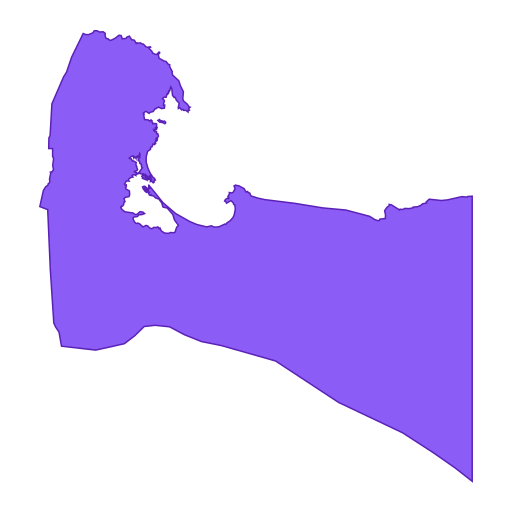 Kota Jayapura, Papua, Indonesia
{"feature_id": "22746128B85346986276333", "entity_name": "Kota Jayapura", "entity_type": "district", "adm_level": 2, "iso_a3": "IDN", "parent_name": "Indonesia", "parent_adm1": "Papua", "projection": "robinson", "projection_center": [140.72, -2.651], "detail": "fine", "context": "isolated", "style": "filled", "palette": "violet", "viewbox_px": 512, "rotation_deg": 0, "n_neighbors": 0, "source": "geoboundaries", "source_scale": "gbopen_adm2", "svg_char_len": 6020}
<svg xmlns="http://www.w3.org/2000/svg" viewBox="0 0 512 512"><path d="M59.0,332.1L61.5,346.2L95.7,350.1L124.4,343.7L134.8,335.7L144.2,326.5L155.1,325.3L169.5,326.8L184.6,334.8L201.6,341.6L221.1,345.5L275.6,361.0L338.7,402.5L402.6,432.8L433.3,452.7L455.2,468.0L472.2,481.3L472.2,196.2L467.7,196.5L466.8,197.1L462.0,196.6L447.4,199.9L441.3,200.5L429.2,199.2L426.2,202.0L426.5,203.0L422.6,203.8L420.6,205.5L417.5,206.7L413.1,207.1L412.9,207.9L408.9,208.6L404.7,208.4L402.8,209.5L400.0,209.2L399.6,210.0L391.4,204.8L389.2,204.4L389.2,205.6L387.0,207.3L384.6,210.7L385.5,214.8L385.3,218.5L379.9,219.1L379.3,220.4L378.0,220.7L374.8,219.6L369.6,216.3L345.7,210.0L322.8,207.9L294.6,203.3L264.6,199.6L257.9,198.1L250.9,195.9L249.8,193.1L248.3,192.6L247.6,191.5L246.1,192.1L244.1,188.6L238.4,185.6L236.4,185.6L235.8,185.0L234.0,186.0L235.1,188.7L233.2,192.2L231.9,193.0L229.3,192.5L229.4,194.0L227.9,196.4L229.0,198.1L228.7,198.6L228.1,197.9L225.5,199.4L224.6,201.1L226.0,201.8L226.5,203.2L231.0,200.6L233.1,202.7L233.8,204.5L234.8,204.8L235.3,209.1L234.2,214.9L233.0,217.5L230.2,220.7L226.9,222.9L226.0,224.4L225.0,224.0L219.4,226.6L217.2,227.0L213.7,227.0L211.5,225.8L206.7,226.9L196.8,224.5L189.9,221.6L175.7,213.6L163.0,202.7L148.5,184.7L148.9,186.9L146.5,192.3L146.9,192.5L148.3,189.7L149.0,187.2L149.6,188.3L148.8,188.7L148.1,191.1L148.4,192.0L149.4,192.2L148.6,193.0L149.3,194.9L150.1,195.4L150.9,194.9L150.8,195.4L153.7,196.0L155.6,198.0L158.8,199.0L161.7,202.9L163.0,207.0L167.3,208.1L172.8,214.5L174.5,220.0L178.4,225.3L176.6,227.4L175.0,232.1L174.3,232.7L170.4,232.5L168.5,233.4L164.4,233.0L161.3,230.9L160.3,228.7L159.3,228.7L159.5,228.1L158.9,228.4L157.8,226.8L156.2,227.6L153.9,227.3L151.8,228.8L149.3,227.7L147.9,226.0L146.1,225.4L142.9,226.9L139.6,223.8L137.7,223.1L136.0,223.5L134.2,221.5L132.9,218.2L134.0,217.0L137.5,216.5L138.9,214.8L141.9,214.6L144.6,213.6L143.1,212.2L140.1,211.6L137.0,214.3L135.1,214.5L133.1,213.0L124.9,211.8L121.7,209.3L121.3,207.9L120.1,207.6L121.1,207.7L121.2,206.3L122.6,206.1L123.7,204.5L124.0,202.2L125.0,201.7L124.0,198.5L125.5,197.3L129.0,196.6L129.7,194.5L129.4,190.9L126.0,189.0L125.5,187.7L126.4,186.6L126.3,184.9L125.2,185.1L124.6,184.1L126.4,180.9L129.1,181.1L128.5,180.2L128.9,178.8L131.5,177.2L132.9,177.1L132.1,175.4L133.9,174.6L135.9,175.5L135.8,174.6L137.1,174.0L136.9,172.7L135.2,172.5L134.4,171.4L136.9,170.6L137.6,169.4L136.5,166.8L136.0,167.0L136.7,166.5L135.9,164.6L136.2,162.5L133.5,160.9L132.5,161.0L131.2,158.8L130.6,158.9L128.7,158.1L129.8,158.2L129.7,157.6L130.7,156.8L133.0,155.9L133.8,158.0L134.3,156.8L135.2,157.6L135.7,157.3L136.1,158.4L136.4,156.8L137.8,157.8L137.9,156.4L138.5,156.6L138.1,155.8L138.8,155.8L138.7,156.7L139.3,155.7L139.6,153.5L140.0,154.0L139.7,157.8L138.0,160.0L138.4,160.8L139.6,161.2L139.9,163.5L141.3,164.1L141.5,167.0L142.4,167.7L138.0,173.8L140.3,173.1L140.9,173.9L143.8,173.8L144.3,175.2L143.4,175.6L142.6,174.8L141.8,176.5L143.7,178.4L143.1,178.6L146.4,179.9L147.3,179.1L147.6,179.7L147.8,178.9L145.3,177.6L145.5,176.4L144.6,175.9L145.4,175.0L145.4,175.7L146.2,175.6L145.7,177.4L147.5,177.7L146.9,176.3L147.8,176.2L148.5,177.9L149.4,177.6L150.0,175.5L150.8,175.7L150.9,177.8L149.4,178.2L148.7,179.4L151.5,179.3L151.5,180.9L150.5,180.6L150.4,181.6L151.7,181.2L153.2,182.8L154.1,182.2L154.2,180.4L155.3,180.1L154.4,178.2L153.4,177.9L150.3,173.4L148.0,168.4L146.2,162.1L146.2,156.8L147.6,151.4L150.5,149.3L150.7,147.2L152.1,146.7L153.0,144.0L154.4,144.6L155.1,144.0L154.9,143.0L155.5,143.1L155.2,142.1L156.1,141.1L155.7,140.6L156.2,141.0L156.4,140.7L155.7,140.5L156.3,138.0L157.5,137.7L158.5,136.0L157.7,133.7L156.9,133.9L156.5,133.4L156.6,131.7L155.4,131.2L154.9,131.6L154.2,130.6L153.5,131.0L153.9,130.7L153.3,130.4L153.8,130.4L153.6,129.6L154.5,129.9L155.2,129.0L155.3,127.7L156.4,126.9L156.7,124.1L155.9,123.5L152.8,123.7L152.8,122.9L152.0,122.3L152.1,120.9L151.0,119.9L149.7,121.2L148.2,119.9L144.6,119.6L143.8,115.7L144.1,114.1L143.4,113.8L143.5,112.9L145.9,111.3L149.1,113.4L149.9,112.4L153.2,111.5L155.1,108.7L155.9,108.8L157.0,107.6L157.9,107.7L158.5,107.1L161.6,108.6L164.3,108.2L164.7,106.2L163.9,105.6L164.5,105.1L163.5,104.8L163.8,102.4L164.4,101.7L164.3,100.4L162.5,98.6L164.0,97.2L166.2,97.2L166.7,94.8L167.6,94.4L167.3,93.4L168.5,93.2L168.5,91.2L168.8,90.9L169.0,91.8L169.8,90.6L170.7,86.9L171.8,88.6L172.5,95.3L174.0,97.4L174.6,97.1L175.4,97.9L176.4,100.3L179.2,103.2L178.3,107.1L178.4,108.5L179.8,107.7L181.6,109.9L183.1,109.5L183.7,110.4L186.0,110.4L188.0,112.0L188.1,110.6L189.4,110.3L188.7,108.4L190.1,107.2L189.0,106.8L187.4,104.3L183.5,100.9L182.8,98.8L183.4,91.8L180.5,85.9L178.8,80.8L172.7,75.1L172.1,73.1L172.3,71.6L169.7,66.8L169.7,64.7L168.4,64.4L166.0,61.4L164.3,61.1L159.1,58.3L158.3,54.4L159.7,53.0L159.6,52.3L158.9,52.1L156.7,54.5L154.8,54.2L152.7,53.0L151.8,51.2L149.1,48.6L149.1,48.0L150.6,47.2L150.3,46.8L147.5,47.3L145.9,46.8L143.4,44.1L141.6,43.9L140.6,42.9L137.4,43.2L137.1,42.8L136.2,43.5L134.4,40.2L131.7,39.7L129.3,36.1L126.8,37.2L126.1,38.4L122.3,38.8L121.2,35.6L119.0,35.2L115.1,38.3L110.8,40.4L108.9,39.7L108.1,38.8L106.1,38.4L105.1,35.9L105.2,33.3L103.2,31.8L99.5,32.0L97.3,30.8L94.8,30.7L94.2,30.8L92.9,32.8L88.6,34.6L85.8,34.6L83.2,33.5L71.7,57.0L66.5,72.2L63.6,76.8L51.9,103.8L50.1,135.4L48.9,138.0L48.7,148.6L52.6,148.6L52.6,156.5L53.6,158.5L52.7,165.5L53.5,169.4L52.1,171.8L50.4,172.1L50.7,173.2L49.5,179.1L49.8,181.5L49.3,183.0L48.3,183.6L47.8,185.4L45.8,186.6L43.4,190.4L39.8,206.6L47.7,209.6L50.3,269.5L53.8,323.0L55.6,327.0L59.0,332.1ZM160.0,120.3L159.5,119.5L157.9,120.4L159.6,122.1L162.4,122.5L164.9,123.7L165.6,123.0L165.6,122.2L164.5,121.1L163.2,121.3L160.0,120.3ZM147.5,188.7L145.2,186.5L144.1,186.2L142.5,186.9L143.3,188.9L145.2,187.5L146.1,188.2L145.2,190.0L143.9,189.0L143.6,189.3L144.7,190.7L145.7,190.7L145.3,191.5L145.9,191.9L147.5,188.7ZM156.6,127.0L155.5,129.3L155.0,129.6L156.5,129.4L157.2,127.3L156.6,127.0ZM157.4,137.9L156.6,138.0L156.4,140.5L156.8,140.8L157.3,140.0L156.8,138.8L157.4,138.8L157.4,137.9Z" fill="#8b5cf6" stroke="#5b21b6" stroke-width="1.5"/></svg>